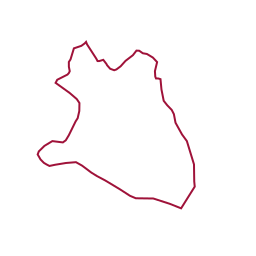 an SVG outline of Burundi, rotated 301°
{"feature_id": "BDI", "entity_name": "Burundi", "entity_type": "country or territory", "adm_level": 0, "iso_a3": "BDI", "parent_name": "Africa", "parent_adm1": "", "projection": "mercator", "projection_center": [29.996, -3.384], "detail": "fine", "context": "isolated", "style": "outline", "palette": "rose", "viewbox_px": 256, "rotation_deg": 301, "n_neighbors": 0, "source": "natural_earth", "source_scale": "50m", "svg_char_len": 1031}
<svg xmlns="http://www.w3.org/2000/svg" viewBox="0 0 256 256"><g transform="rotate(301 128 128)"><path d="M180.2,47.7L178.6,49.8L171.1,65.1L169.7,67.4L170.5,68.8L173.7,71.7L171.8,76.5L171.0,77.8L169.6,82.2L170.4,86.4L172.2,87.9L177.1,89.9L184.3,91.3L192.9,94.7L198.7,95.4L200.0,97.8L199.7,102.2L201.2,106.1L201.2,113.0L199.5,119.0L190.6,121.8L186.1,124.9L184.9,126.5L186.0,128.3L186.6,130.7L178.3,136.8L169.7,144.6L167.7,149.9L166.0,156.2L163.5,160.2L157.0,166.0L150.3,177.6L147.1,185.2L130.8,203.3L116.3,212.3L112.1,215.4L86.5,214.9L84.5,202.7L80.6,186.0L71.8,170.9L70.9,164.6L71.3,152.5L71.3,135.4L70.8,126.2L70.9,119.5L72.1,107.9L71.9,101.0L66.1,92.9L58.9,84.4L55.0,80.2L54.8,76.9L54.8,73.8L56.0,69.2L58.8,64.2L62.0,63.6L69.7,65.6L77.8,69.9L82.1,79.6L85.4,81.0L91.4,81.0L106.7,79.7L110.5,79.8L117.5,77.5L124.4,73.5L126.4,69.2L128.0,59.8L129.4,42.7L132.9,42.5L142.6,48.6L144.7,49.0L146.7,48.8L150.0,45.8L154.1,43.3L157.2,43.4L168.4,40.6L174.4,45.7L178.2,47.3L180.2,47.7Z" fill="none" stroke="#9f1239" stroke-width="2"/></g></svg>